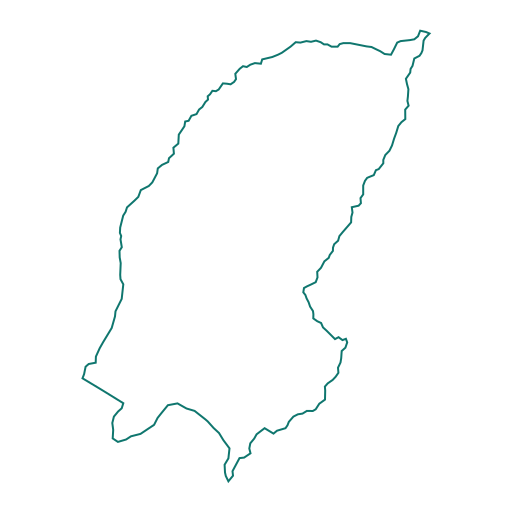 Águas Belas, Pernambuco, Brazil
{"feature_id": "56859067B72970478778439", "entity_name": "Águas Belas", "entity_type": "district", "adm_level": 2, "iso_a3": "BRA", "parent_name": "Brazil", "parent_adm1": "Pernambuco", "projection": "mercator", "projection_center": [-37.018, -9.099], "detail": "fine", "context": "isolated", "style": "outline", "palette": "teal", "viewbox_px": 512, "rotation_deg": 0, "n_neighbors": 0, "source": "geoboundaries", "source_scale": "gbopen_adm2", "svg_char_len": 2922}
<svg xmlns="http://www.w3.org/2000/svg" viewBox="0 0 512 512"><path d="M429.5,33.5L426.0,32.0L420.2,30.7L418.0,36.3L414.3,39.3L409.9,40.1L400.6,41.1L397.2,42.6L393.9,49.3L391.0,54.7L384.6,54.0L380.2,51.2L376.4,49.4L371.5,47.0L366.6,46.4L350.0,43.1L343.4,43.1L339.7,44.1L337.6,46.7L331.6,46.7L327.5,44.4L324.0,44.4L320.7,42.2L316.0,40.6L311.0,41.8L306.4,41.1L300.4,42.6L295.7,42.2L290.6,46.6L281.8,52.8L278.0,54.7L272.3,57.0L262.2,59.4L260.9,63.7L254.9,63.1L250.3,64.7L246.8,67.0L243.0,66.2L239.7,68.8L235.3,73.8L236.0,79.1L234.1,81.9L230.6,84.3L226.8,83.7L222.9,83.4L218.7,89.5L215.9,91.2L212.4,90.8L210.0,94.3L207.7,96.3L208.0,99.6L205.4,102.0L202.3,107.0L199.1,109.5L196.5,114.1L191.4,115.8L188.6,120.8L185.2,121.5L184.4,126.3L178.8,134.6L178.3,143.6L173.4,147.7L173.9,153.7L169.0,158.2L168.2,162.0L162.0,164.9L157.8,168.4L157.1,173.3L152.3,182.4L148.8,186.0L144.1,188.4L140.8,190.1L138.3,196.9L134.4,200.7L127.0,207.4L125.6,211.8L123.2,215.6L120.2,227.5L119.9,232.9L121.2,236.0L120.5,239.4L121.8,247.2L119.5,250.8L119.7,257.5L120.7,263.1L120.2,274.9L120.5,279.2L123.3,284.3L122.3,293.4L121.7,298.9L115.5,311.3L115.0,316.4L111.7,328.0L103.1,342.2L99.7,348.2L95.9,356.6L95.7,362.7L88.7,364.0L85.6,366.7L84.1,374.1L82.5,378.3L99.8,388.7L123.3,403.2L121.7,408.3L118.1,411.5L113.9,416.6L112.3,423.0L113.2,429.9L112.7,438.4L117.9,441.9L126.1,439.5L131.0,436.3L140.5,433.9L154.1,424.8L157.6,417.9L161.5,413.0L167.9,405.2L177.5,403.4L186.5,408.5L194.6,410.9L205.4,419.4L207.7,421.4L213.6,428.0L219.0,433.0L223.4,440.2L229.5,448.4L228.4,458.4L224.6,464.7L225.0,472.5L225.8,476.0L228.4,481.3L233.0,475.7L232.5,471.2L239.5,458.1L244.1,457.6L250.5,453.3L249.3,448.5L250.3,443.3L254.2,438.6L256.6,434.3L264.6,428.2L273.5,433.6L277.0,430.7L285.5,428.2L287.5,425.3L288.8,421.9L293.4,416.6L297.9,414.3L302.5,413.6L306.9,410.9L312.8,411.0L315.7,409.3L319.3,403.7L325.0,399.6L325.2,390.6L324.9,386.6L327.7,383.4L332.7,379.9L335.6,376.8L338.4,372.8L338.0,367.7L340.5,362.5L341.2,358.2L341.7,351.0L345.4,347.7L347.2,342.4L345.9,338.8L342.5,340.1L338.5,337.2L335.0,339.1L326.5,330.6L323.0,327.4L321.1,323.0L317.2,321.2L313.3,318.4L313.4,314.2L313.0,311.1L310.1,306.6L308.6,302.2L306.6,298.4L305.4,295.0L303.3,292.3L304.0,288.0L307.1,286.3L311.0,284.5L315.7,282.2L317.5,277.4L317.2,271.8L321.0,267.8L324.4,261.3L328.7,257.9L329.8,254.9L332.9,250.9L333.0,247.6L334.2,244.2L338.1,240.7L339.4,236.1L342.7,232.1L351.1,222.4L351.3,216.9L352.5,212.6L351.8,207.2L358.6,205.7L360.9,203.2L360.5,198.1L363.2,194.4L363.2,185.5L365.0,180.8L367.2,177.8L373.8,175.1L375.9,170.2L378.7,169.1L383.3,163.3L383.3,159.9L385.3,155.0L389.4,150.8L392.0,145.5L394.1,138.6L396.2,132.9L398.3,126.0L401.4,122.2L405.3,119.1L405.2,109.6L408.6,105.7L407.4,100.9L407.9,96.6L408.4,89.2L407.0,84.1L405.9,78.8L410.2,72.6L410.6,68.9L412.5,65.9L414.3,58.5L419.5,55.8L421.3,53.2L422.5,50.4L423.6,40.6L425.2,37.9L429.5,33.5Z" fill="none" stroke="#0f766e" stroke-width="2"/></svg>